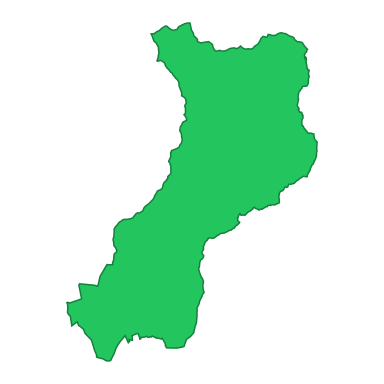 Ghelinta, Covasna, Romania (Equal Earth projection), rotated 270°
{"feature_id": "2599482B945421352302", "entity_name": "Ghelinta", "entity_type": "district", "adm_level": 2, "iso_a3": "ROU", "parent_name": "Romania", "parent_adm1": "Covasna", "projection": "equal_earth", "projection_center": [26.296, 45.92], "detail": "fine", "context": "isolated", "style": "filled", "palette": "green", "viewbox_px": 384, "rotation_deg": 270, "n_neighbors": 0, "source": "geoboundaries", "source_scale": "gbopen_adm2", "svg_char_len": 6056}
<svg xmlns="http://www.w3.org/2000/svg" viewBox="0 0 384 384"><g transform="rotate(270 192 192)"><path d="M334.7,307.5L337.6,304.7L341.3,302.4L341.8,301.3L342.1,300.1L342.3,297.4L343.9,295.1L346.3,293.8L347.2,292.4L348.0,289.5L350.3,285.8L350.7,283.3L351.3,281.4L350.8,279.2L349.7,277.0L348.9,276.1L348.7,275.4L348.5,272.1L349.3,270.1L349.6,268.2L347.2,267.2L346.8,266.7L347.0,265.5L347.6,263.6L347.6,262.9L345.3,260.8L343.5,260.1L340.4,258.3L339.5,257.3L337.6,254.4L335.8,253.1L334.8,250.9L335.3,248.2L334.8,246.0L335.0,245.0L336.3,242.1L337.8,240.9L338.0,240.5L336.3,238.6L335.6,237.4L335.5,236.3L336.1,234.3L336.0,232.6L335.4,229.5L334.1,227.5L333.1,224.7L332.8,221.9L333.5,220.5L333.6,219.6L332.8,216.1L333.4,215.1L335.3,213.7L336.9,213.0L339.5,212.4L342.1,209.1L342.4,208.4L342.3,207.8L341.1,200.8L341.9,198.5L342.7,197.5L343.2,197.2L344.2,197.5L345.0,197.2L346.0,196.3L348.0,193.9L350.9,193.3L354.1,191.4L360.7,190.1L361.0,189.8L360.9,187.2L360.2,184.3L359.3,183.0L359.2,182.2L358.3,180.9L357.7,179.3L356.4,178.0L354.5,177.0L353.9,174.4L353.8,172.7L354.0,171.9L355.7,169.2L357.5,167.3L357.9,166.6L358.0,165.7L357.7,164.8L356.7,163.5L355.9,161.9L353.3,159.2L352.7,157.4L350.6,154.5L350.1,152.6L350.1,151.1L348.3,152.0L342.8,154.0L340.9,156.2L337.5,158.1L336.5,158.4L333.6,158.6L331.1,159.0L328.4,158.3L326.6,158.2L323.1,157.0L322.8,157.4L322.9,158.1L323.5,160.1L323.5,161.1L321.6,163.9L320.8,164.6L318.1,165.6L316.0,167.0L314.4,168.7L311.9,170.5L311.1,171.9L308.2,173.6L307.7,174.6L306.0,175.3L304.5,177.2L302.1,178.7L297.6,179.2L292.1,181.4L289.5,181.8L288.3,181.5L286.7,184.1L285.5,185.5L284.2,185.6L282.8,186.3L282.5,186.0L280.6,186.3L279.7,185.3L277.6,184.7L276.3,185.4L271.6,185.5L270.4,185.2L269.8,184.4L269.2,184.0L268.3,184.9L265.9,186.3L265.1,186.6L264.0,186.5L263.2,185.8L262.2,183.5L261.5,182.6L259.3,181.8L257.3,180.4L253.4,179.8L252.5,180.1L250.8,181.3L246.6,181.7L244.6,182.2L241.5,181.6L240.4,181.0L239.3,180.0L237.1,179.2L235.7,177.3L233.7,172.5L233.6,171.7L233.1,171.7L231.4,170.6L227.6,170.8L225.0,169.8L223.3,168.8L222.2,168.7L221.5,169.7L217.5,170.8L211.6,170.9L210.1,170.6L207.5,167.8L206.6,167.7L205.9,168.0L204.3,166.4L203.5,166.5L201.9,164.4L200.8,163.7L199.2,163.1L195.9,162.4L195.0,161.5L193.8,159.5L193.6,158.4L192.7,157.2L190.7,156.3L188.3,154.7L186.1,154.0L184.4,152.8L180.4,148.9L177.4,145.0L175.8,143.8L173.1,142.8L171.1,139.7L171.0,138.4L171.2,137.8L170.5,136.2L167.2,133.5L166.4,133.2L166.1,132.7L165.3,130.6L164.8,127.9L164.6,127.2L164.7,126.0L164.5,124.4L164.5,123.2L162.7,120.9L161.9,119.4L158.8,117.0L156.9,115.2L155.0,114.2L147.5,113.9L145.1,113.1L143.6,113.2L141.2,113.7L138.4,113.9L137.1,114.8L136.8,115.4L133.1,116.9L131.6,116.1L131.1,115.7L130.6,114.6L129.8,114.1L122.8,113.4L121.9,112.6L119.3,112.6L119.2,108.1L119.5,107.0L107.7,100.1L97.8,97.8L98.8,94.2L100.2,79.5L98.8,78.9L85.1,81.6L81.0,69.8L81.1,69.2L81.7,68.0L81.3,66.9L79.5,67.6L76.5,67.8L71.5,67.5L69.3,68.6L68.6,69.8L66.9,70.5L58.1,71.8L62.2,77.2L58.5,78.6L57.4,80.4L54.5,83.7L51.3,84.7L50.5,85.2L43.9,91.5L33.9,94.5L29.2,96.5L27.0,96.6L27.1,97.0L26.4,98.0L25.4,101.8L25.4,102.5L23.2,106.4L23.0,108.2L23.4,110.6L30.6,114.2L35.2,115.8L38.8,117.7L42.2,120.0L47.9,124.8L48.3,125.2L41.3,128.3L42.7,129.7L44.4,129.1L43.7,132.4L48.4,132.1L50.1,136.3L50.6,138.1L46.2,139.6L44.9,139.8L45.1,140.7L46.5,140.9L47.1,145.5L47.7,146.4L46.7,148.1L46.6,149.1L47.3,149.9L47.0,151.5L48.0,152.2L45.9,156.5L46.4,156.5L44.9,161.4L45.7,162.0L43.8,163.5L43.2,163.6L40.9,165.0L39.4,165.4L38.3,165.3L36.1,166.7L35.9,176.8L37.0,182.7L37.8,184.2L39.7,184.7L44.7,186.6L47.6,190.6L51.2,193.7L57.0,195.0L61.1,196.4L69.1,197.1L70.0,196.8L72.6,197.2L75.9,197.0L80.5,199.2L83.1,199.7L87.4,201.9L89.4,202.3L91.0,203.8L92.0,204.1L93.8,203.3L98.4,202.8L102.1,203.5L103.0,203.4L105.8,202.2L107.4,201.1L112.0,199.4L115.4,198.6L117.2,199.4L121.6,199.8L123.3,200.3L124.3,201.0L125.4,202.6L127.0,203.5L128.4,203.7L130.2,202.3L131.4,201.9L132.4,202.0L134.2,203.5L137.5,203.5L142.3,205.4L143.4,206.9L145.3,208.2L146.0,208.3L146.1,210.5L145.6,212.5L146.1,214.2L147.2,215.9L148.1,216.6L149.2,218.9L150.2,220.0L150.8,222.1L150.9,224.2L151.6,225.4L152.4,227.5L153.5,229.1L153.8,230.9L155.4,232.9L155.8,234.2L157.9,235.6L159.3,237.6L161.3,239.6L161.9,239.6L162.6,238.3L163.4,237.7L165.1,237.8L166.0,237.3L166.4,238.0L168.4,238.6L170.4,239.8L170.3,240.2L169.2,240.5L168.7,241.2L168.9,241.7L168.9,245.2L171.6,247.7L172.1,248.3L172.9,250.2L175.2,252.9L176.4,253.5L176.7,254.3L175.4,255.7L175.1,257.4L174.1,258.5L174.0,259.4L174.9,260.6L175.1,261.5L174.8,261.7L174.9,262.4L177.3,266.0L177.2,266.8L177.3,267.2L178.2,267.8L178.8,268.7L178.5,270.4L179.3,272.4L179.1,274.1L179.3,275.6L180.3,276.7L180.6,278.6L180.9,279.0L182.1,279.4L185.2,279.2L187.7,278.7L189.1,279.4L190.5,279.2L192.5,280.5L193.4,282.9L196.7,284.9L197.2,285.6L197.2,285.9L196.6,286.5L197.0,287.7L199.7,288.8L199.8,289.7L199.7,290.8L200.3,292.6L200.5,294.0L203.5,297.0L203.9,298.1L205.4,299.7L207.8,303.6L207.1,306.8L207.7,307.3L209.3,307.4L213.5,310.0L216.7,310.9L217.8,311.6L219.3,312.1L219.8,313.1L225.8,315.8L228.7,316.6L229.2,316.4L231.8,316.6L232.7,317.0L236.0,316.7L242.1,317.1L243.9,315.3L245.0,314.5L248.3,313.9L249.9,314.0L250.9,310.7L250.9,309.5L250.6,308.7L251.0,307.8L252.6,306.9L253.3,306.0L254.4,305.5L255.8,304.1L257.8,303.2L258.7,302.1L261.6,301.8L263.4,301.8L266.5,303.1L268.2,302.6L268.5,303.0L269.6,302.3L271.4,301.8L271.9,301.2L271.7,300.1L271.9,299.7L273.5,299.0L274.0,298.4L274.6,298.3L274.8,298.9L275.4,299.1L277.0,298.1L277.6,297.5L278.6,297.2L284.7,298.6L286.5,298.0L291.9,298.8L293.0,299.9L294.6,300.7L295.2,301.6L297.4,302.5L297.7,303.5L297.8,306.1L298.4,307.2L299.4,307.8L301.8,308.4L305.1,308.4L307.5,309.2L310.4,308.4L313.6,309.1L313.8,309.1L313.7,308.4L313.9,308.1L314.9,307.8L315.3,307.2L316.0,307.3L316.6,306.8L318.8,306.8L320.6,306.1L321.4,306.3L322.4,305.8L323.5,306.4L325.0,306.4L325.8,305.9L326.4,306.1L326.8,305.8L326.9,305.6L325.7,304.9L327.2,304.7L328.0,304.3L330.7,305.1L331.6,305.7L332.0,306.5L332.3,306.7L333.9,306.8L334.7,307.5Z" fill="#22c55e" stroke="#15803d" stroke-width="1.5"/></g></svg>